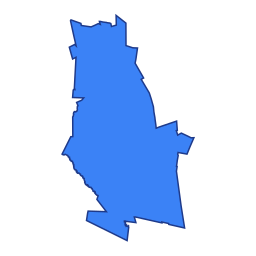 San Carlos, Tamaulipas, Mexico (Equal Earth projection)
{"feature_id": "50627088B50808135515574", "entity_name": "San Carlos", "entity_type": "district", "adm_level": 2, "iso_a3": "MEX", "parent_name": "Mexico", "parent_adm1": "Tamaulipas", "projection": "equal_earth", "projection_center": [-99.087, 24.498], "detail": "fine", "context": "isolated", "style": "filled", "palette": "blue", "viewbox_px": 256, "rotation_deg": 0, "n_neighbors": 0, "source": "geoboundaries", "source_scale": "gbopen_adm2", "svg_char_len": 4755}
<svg xmlns="http://www.w3.org/2000/svg" viewBox="0 0 256 256"><path d="M69.3,47.2L72.6,59.0L76.0,57.3L74.3,89.1L74.9,89.2L74.9,89.5L74.7,89.4L74.5,89.5L74.3,89.4L74.0,89.3L73.8,89.4L73.5,90.2L73.2,90.2L72.6,97.5L83.7,97.9L81.8,100.1L81.5,100.3L76.6,102.4L78.0,105.7L77.8,106.1L77.4,106.3L77.3,106.8L77.3,107.2L77.2,108.4L77.4,109.7L77.2,110.1L77.2,110.4L77.0,110.6L76.9,111.1L76.3,111.3L76.2,111.6L75.8,111.8L75.5,111.7L75.1,111.9L74.4,111.6L74.1,112.1L73.7,112.4L73.7,113.0L73.4,113.8L73.6,114.4L73.7,114.7L73.3,115.2L73.3,116.2L72.7,116.9L72.8,136.6L70.8,136.7L62.2,153.9L62.1,154.0L62.1,154.3L62.6,154.6L63.0,154.5L63.3,154.6L63.6,154.7L63.7,154.9L64.0,155.0L64.1,154.9L64.1,154.7L64.3,154.7L64.7,154.5L65.3,154.3L65.5,154.5L67.0,155.1L67.1,155.4L67.7,155.5L67.8,155.9L68.0,156.1L68.1,156.4L68.2,156.6L68.4,156.4L68.6,156.5L68.7,157.0L68.9,157.1L69.1,157.5L69.5,157.5L69.4,157.9L69.5,158.3L69.5,158.6L69.9,158.8L69.8,159.2L69.8,159.4L70.0,159.6L69.9,159.9L70.0,160.0L70.3,159.9L70.7,160.2L70.7,160.5L70.8,160.7L71.0,160.8L71.1,161.0L71.4,160.9L71.5,160.9L71.6,161.0L71.6,161.3L72.0,161.2L72.4,161.3L72.4,161.7L72.6,162.0L72.8,162.7L73.0,162.8L72.9,163.2L73.1,163.5L73.1,163.8L73.2,164.3L73.3,164.4L73.5,164.4L73.5,164.6L73.7,165.0L73.8,165.0L73.8,165.3L73.8,165.6L73.6,165.7L73.7,166.0L73.7,166.7L74.0,166.9L74.0,167.1L73.8,167.7L74.1,168.5L74.1,168.8L74.3,169.0L74.5,169.0L74.8,169.4L75.1,169.5L75.2,170.0L75.3,170.0L75.4,169.7L75.5,169.7L75.6,169.8L76.1,170.0L76.2,170.4L76.4,170.4L76.5,170.6L76.3,170.7L76.3,170.9L76.6,170.9L76.6,171.2L76.4,171.4L76.3,171.7L76.5,171.8L76.6,171.5L76.8,171.4L76.8,171.7L77.0,171.8L76.9,172.1L76.9,172.3L77.2,172.3L77.2,172.8L77.4,172.9L77.4,173.0L77.5,173.2L77.8,173.2L77.7,172.9L77.9,172.9L78.1,173.1L78.4,173.0L78.7,173.1L78.9,173.3L79.1,173.2L79.3,173.3L79.5,173.7L79.6,173.9L79.8,173.9L80.0,174.1L80.5,174.2L80.5,174.5L80.5,175.2L80.8,175.5L81.4,175.7L81.5,175.9L82.2,175.9L82.3,176.2L82.3,176.3L82.8,176.4L82.8,176.5L82.6,176.5L82.8,176.8L82.7,177.2L82.9,177.8L83.2,178.1L83.4,178.1L83.4,178.3L83.5,178.3L84.2,178.5L84.0,179.1L84.1,179.5L84.3,180.1L84.5,180.8L84.7,181.1L84.8,181.4L84.7,181.9L84.7,182.0L84.9,182.0L84.8,182.3L84.8,182.5L85.0,182.5L85.1,182.8L85.1,183.2L85.2,183.3L85.2,183.5L85.3,183.7L85.4,183.9L85.5,184.0L85.5,184.3L85.8,184.6L86.1,184.6L86.3,184.9L86.4,184.7L86.6,184.9L87.1,184.8L87.1,185.0L87.5,185.0L87.8,185.0L88.0,185.3L88.2,185.6L87.9,185.7L87.7,185.9L87.7,186.0L88.1,186.1L88.3,186.4L88.5,186.3L88.6,186.7L88.6,186.8L88.8,186.9L89.2,187.0L89.3,187.1L89.4,187.3L89.6,187.3L89.8,187.3L90.1,187.2L90.3,187.3L90.6,187.4L90.8,187.4L90.9,187.5L91.1,187.5L91.1,187.8L91.2,188.0L91.3,188.1L91.4,188.4L91.6,188.3L91.8,188.4L91.9,188.7L92.1,188.7L92.1,189.0L92.3,189.1L92.4,189.3L92.6,189.7L92.7,189.8L92.8,190.1L93.0,190.8L93.1,191.3L93.5,191.4L93.8,191.4L94.0,191.3L94.0,191.7L94.3,191.9L94.6,191.9L95.0,191.8L95.0,192.3L94.9,192.3L94.9,192.7L94.9,192.9L95.0,192.9L94.9,193.1L95.0,193.3L95.2,193.5L95.5,193.5L95.8,194.3L96.3,194.5L96.6,194.8L96.6,195.0L96.9,195.1L97.0,195.3L97.4,195.5L97.6,195.4L97.9,195.4L98.1,195.6L98.1,195.9L96.9,199.4L106.4,211.7L88.1,211.1L87.6,213.3L86.5,220.5L95.4,224.9L127.1,240.6L128.7,227.3L128.5,227.2L128.5,226.7L128.4,226.8L128.2,226.7L128.4,226.6L128.4,226.4L128.0,226.5L127.9,226.4L128.0,226.3L128.0,226.2L127.9,226.3L127.7,226.3L127.5,226.0L127.4,226.0L127.2,226.1L126.6,226.1L126.7,225.8L126.6,225.7L126.5,225.8L126.5,225.6L126.5,225.4L126.3,225.6L126.2,225.4L126.1,225.6L126.2,225.8L125.8,225.7L125.9,225.4L125.7,225.3L125.4,225.1L125.2,225.0L125.2,224.8L125.3,224.7L125.1,224.3L125.1,224.2L125.3,224.0L125.2,223.9L125.4,223.7L125.5,223.4L125.4,223.3L125.5,223.2L125.4,223.0L125.5,223.0L125.5,222.7L125.4,222.7L125.4,222.8L125.3,222.7L125.3,222.3L125.2,222.1L125.1,221.8L124.9,221.8L125.1,221.7L124.8,221.4L124.6,221.5L124.6,221.4L124.6,221.2L124.4,221.3L124.4,221.1L135.9,222.6L134.3,217.0L135.5,217.0L161.9,222.9L161.8,222.0L168.6,223.5L168.8,224.4L184.6,228.0L181.1,205.9L176.5,171.8L176.4,171.4L177.1,166.5L176.5,166.4L177.3,160.4L178.2,155.4L178.0,154.9L177.7,154.3L177.7,153.9L178.1,153.0L178.1,152.5L187.0,154.1L189.8,147.2L193.9,137.7L191.1,137.8L187.3,135.9L181.3,133.1L177.7,135.1L176.3,130.6L177.3,130.4L176.6,121.1L159.2,127.0L156.2,128.2L155.8,124.6L155.1,119.6L154.9,117.6L153.9,111.9L153.4,106.7L151.2,98.9L149.3,93.0L141.2,79.3L143.6,78.0L135.1,63.2L135.9,59.2L137.5,48.0L132.8,47.8L126.0,45.6L125.9,23.1L123.0,20.8L116.1,15.4L116.3,25.1L111.5,26.5L110.8,23.5L109.6,23.0L108.4,22.9L107.0,22.7L106.7,22.5L103.4,22.1L102.3,21.9L100.3,21.4L99.4,21.4L100.3,24.4L98.3,23.6L95.0,25.2L91.1,26.9L81.3,25.5L80.9,23.4L76.3,21.8L71.0,19.9L70.5,20.7L73.6,34.9L76.1,45.9L74.6,44.5L69.3,47.2Z" fill="#3b82f6" stroke="#1e3a8a" stroke-width="1.5"/></svg>